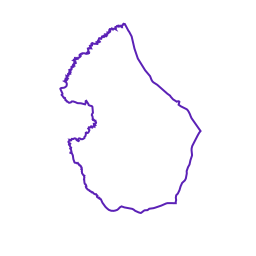 Suwannaphum, Roi Et, Thailand (Robinson projection), rotated 134°
{"feature_id": "78962969B41807577344670", "entity_name": "Suwannaphum", "entity_type": "district", "adm_level": 2, "iso_a3": "THA", "parent_name": "Thailand", "parent_adm1": "Roi Et", "projection": "robinson", "projection_center": [103.822, 15.606], "detail": "fine", "context": "isolated", "style": "outline", "palette": "violet", "viewbox_px": 256, "rotation_deg": 134, "n_neighbors": 0, "source": "geoboundaries", "source_scale": "gbopen_adm2", "svg_char_len": 5919}
<svg xmlns="http://www.w3.org/2000/svg" viewBox="0 0 256 256"><g transform="rotate(134 128 128)"><path d="M148.9,41.4L147.9,42.4L146.4,43.3L144.9,45.2L142.9,46.6L140.5,46.6L136.9,47.8L133.5,49.6L129.9,50.9L126.2,50.7L124.2,51.3L119.9,54.1L118.2,55.9L114.5,57.6L111.5,58.4L107.8,60.7L103.6,62.7L103.0,63.1L99.8,66.9L98.4,68.1L96.3,69.3L85.0,72.7L81.9,73.5L79.8,73.7L76.8,89.1L75.7,91.8L75.2,92.7L74.3,95.2L73.8,97.0L73.7,98.7L75.7,105.1L76.1,107.8L73.5,109.2L73.5,109.6L73.5,110.1L74.7,111.1L75.2,111.2L76.1,115.5L75.8,119.3L75.5,120.1L76.0,123.5L76.6,136.9L77.5,141.4L77.5,142.8L77.0,144.6L75.4,148.1L74.6,155.7L71.2,169.2L66.4,178.5L59.6,189.0L58.0,193.9L57.7,195.5L55.6,201.9L55.8,201.9L55.7,202.7L56.4,203.1L56.0,203.4L56.1,203.6L56.8,203.6L57.1,203.3L57.9,203.2L59.0,203.2L59.3,202.8L59.4,203.2L59.3,204.1L59.5,204.1L59.9,203.6L60.0,204.3L60.9,204.7L60.8,205.4L61.3,205.3L61.2,205.9L61.4,206.2L61.9,206.1L62.4,206.7L62.8,206.4L64.1,207.2L65.1,206.5L65.0,206.0L65.5,206.0L65.6,205.6L65.8,206.3L66.2,206.8L67.1,207.6L67.6,207.4L67.6,208.8L69.3,208.9L69.3,209.6L69.5,209.8L70.7,209.5L70.9,209.2L70.7,208.5L71.2,208.5L71.0,208.0L71.1,207.8L72.1,207.8L72.7,208.3L73.1,208.2L73.2,208.9L73.4,209.1L73.8,208.3L74.4,208.6L75.2,207.9L76.1,209.0L76.3,207.6L76.8,207.3L77.2,207.4L77.3,207.8L76.8,208.7L77.0,209.1L78.3,209.5L78.5,209.3L78.3,208.9L78.5,208.4L79.2,208.5L79.3,209.4L79.8,209.4L79.9,210.2L80.2,210.3L82.4,209.2L82.9,209.7L83.0,210.7L83.5,211.1L85.0,210.4L86.0,210.2L85.9,209.4L85.4,208.7L85.5,208.2L86.4,208.5L86.6,209.0L88.1,210.3L88.5,209.7L88.2,208.8L88.8,208.4L90.1,210.0L91.1,211.0L91.7,212.7L92.5,212.9L92.8,212.8L92.8,212.0L93.6,211.2L94.2,211.5L94.9,212.4L95.4,212.5L95.8,211.5L96.1,211.3L96.0,210.5L96.3,209.8L97.2,210.9L97.9,211.4L97.9,211.7L98.7,212.1L99.1,211.5L99.1,211.0L99.6,210.5L100.5,210.1L100.5,208.8L101.4,208.9L101.4,208.5L101.1,208.4L101.3,208.1L101.9,208.4L102.0,209.1L102.3,209.5L102.7,208.8L103.8,209.7L104.0,210.5L104.6,211.3L105.8,212.6L106.4,212.5L106.7,213.1L107.7,213.4L108.2,212.9L108.4,213.5L108.7,213.6L108.8,213.3L109.5,213.1L109.4,212.1L109.5,211.9L111.2,212.0L112.1,212.7L113.1,212.2L113.5,213.5L114.2,212.9L114.7,213.1L114.7,213.6L114.3,214.2L114.5,214.6L115.1,213.9L116.3,214.4L116.5,213.9L116.4,213.4L116.6,213.1L117.2,213.6L116.9,212.0L117.2,211.9L117.5,212.5L117.8,212.2L117.8,211.7L117.3,211.2L117.5,210.7L118.5,211.0L119.0,211.7L120.0,211.1L120.3,210.4L120.8,211.3L121.1,211.0L121.4,209.8L121.7,209.7L122.8,210.3L122.7,211.0L123.4,211.1L123.8,210.2L124.4,210.2L124.9,209.4L125.3,209.3L125.9,209.6L125.8,210.6L126.4,209.5L126.7,209.6L126.7,210.4L127.0,210.5L127.2,209.2L127.4,209.2L127.7,209.6L128.0,209.4L127.7,208.9L127.7,208.1L128.2,208.1L128.0,208.7L128.2,208.9L128.8,209.0L129.2,208.7L129.3,208.1L128.9,207.6L129.1,207.2L129.6,207.5L129.5,208.1L129.7,208.4L130.7,208.7L131.2,208.2L131.3,207.8L132.0,207.8L131.6,207.5L131.8,207.2L132.2,207.4L132.6,207.9L133.0,208.0L133.2,208.4L133.4,208.0L133.4,207.3L133.9,207.0L134.0,206.4L134.4,206.8L134.8,206.6L134.5,205.7L135.0,205.4L135.3,205.6L135.5,206.4L135.9,205.9L136.2,206.0L136.1,206.7L136.2,207.0L136.9,206.6L136.8,205.7L136.2,205.5L136.2,205.3L136.9,205.3L137.3,205.8L137.8,205.8L138.5,206.2L138.1,204.4L138.4,203.2L138.9,202.5L140.3,201.5L141.2,201.4L142.8,201.7L143.6,202.1L145.6,203.8L146.6,204.0L146.8,203.9L147.5,202.3L148.7,199.1L149.4,198.6L150.2,198.8L150.4,198.5L150.3,197.6L150.6,196.6L150.8,195.2L150.6,195.2L150.3,194.7L150.2,194.2L150.7,193.9L150.9,192.6L151.4,192.3L151.1,190.7L151.4,190.4L151.1,189.9L150.8,187.9L149.3,186.9L148.0,186.9L146.9,185.8L145.9,183.6L145.2,181.6L142.9,179.0L140.8,175.3L139.7,175.7L138.0,177.1L137.4,176.9L138.3,173.1L138.8,172.2L138.5,171.2L137.4,169.3L137.5,168.3L141.4,163.8L142.7,163.6L143.8,163.1L144.0,162.7L144.2,161.9L144.6,161.2L145.6,160.0L146.4,159.5L146.6,158.8L146.2,158.3L145.8,158.3L145.8,158.0L146.1,157.4L145.4,156.5L146.0,156.0L145.9,155.5L146.4,154.6L146.7,154.5L147.9,154.8L148.7,155.5L149.0,155.1L148.7,153.4L150.1,153.6L150.4,153.2L150.8,154.2L152.3,154.0L152.4,155.7L152.8,155.7L153.4,155.2L154.7,156.6L155.3,156.1L156.0,156.2L156.3,154.3L157.7,153.7L158.9,153.4L159.4,153.5L160.0,153.9L160.1,154.8L160.8,155.0L161.8,154.0L163.2,153.1L164.7,153.1L165.4,152.4L166.8,152.6L168.0,153.2L168.7,154.2L169.0,155.5L169.7,156.1L170.9,156.1L171.3,155.6L171.3,154.5L171.9,154.6L172.4,156.5L171.9,158.1L172.3,158.9L172.8,159.4L173.9,159.7L174.8,160.8L175.6,160.5L176.0,160.6L176.9,161.7L177.0,160.7L178.2,161.4L179.1,161.4L179.4,161.2L179.8,160.1L179.3,158.9L179.3,158.6L179.5,158.5L180.7,159.0L181.0,158.9L181.1,157.4L181.7,156.6L181.6,155.3L182.3,154.9L183.0,155.1L183.2,153.9L184.5,151.9L184.8,151.9L185.6,152.4L185.9,152.2L185.2,150.8L186.0,148.7L188.4,145.6L189.9,142.6L189.8,141.9L189.0,141.0L188.8,140.0L188.0,139.8L188.2,139.0L188.2,138.0L188.5,137.7L188.6,137.1L188.1,136.4L188.3,136.0L188.2,135.6L188.4,135.4L188.3,135.2L188.6,134.7L188.8,134.2L188.7,134.0L189.0,133.8L189.0,133.4L189.3,133.1L189.6,133.0L189.5,132.9L189.7,132.5L191.2,131.1L191.3,131.1L191.5,130.7L192.4,129.7L192.9,127.5L192.6,126.2L193.5,125.8L194.0,124.9L194.6,124.7L194.8,124.4L195.6,123.9L195.5,123.7L197.2,121.8L198.1,120.5L198.2,119.6L198.0,119.3L198.4,118.2L198.8,117.5L199.5,117.6L199.8,117.1L199.7,116.8L200.2,116.0L200.1,115.1L200.3,114.3L199.8,113.1L199.9,112.4L199.7,112.1L199.9,111.7L199.4,110.6L199.6,109.6L199.2,109.4L198.8,109.0L198.8,107.9L199.0,107.6L198.8,106.5L198.5,106.0L198.4,105.3L197.8,105.0L198.0,102.9L198.8,102.8L199.1,102.3L198.9,101.1L198.2,100.5L198.2,99.9L198.7,99.8L198.7,99.5L198.1,98.0L199.5,94.5L200.4,89.5L200.4,87.2L200.2,84.9L199.2,82.6L197.6,80.8L196.2,79.8L194.4,78.9L193.2,78.7L190.7,78.7L188.9,78.2L187.6,75.4L183.3,68.9L182.8,67.4L182.6,65.3L181.3,61.7L180.4,60.0L179.9,59.6L176.4,59.1L175.6,58.8L173.5,56.9L171.3,56.6L168.0,54.0L166.6,53.2L160.8,50.2L155.9,48.2L154.6,47.4L148.9,41.4Z" fill="none" stroke="#5b21b6" stroke-width="2"/></g></svg>